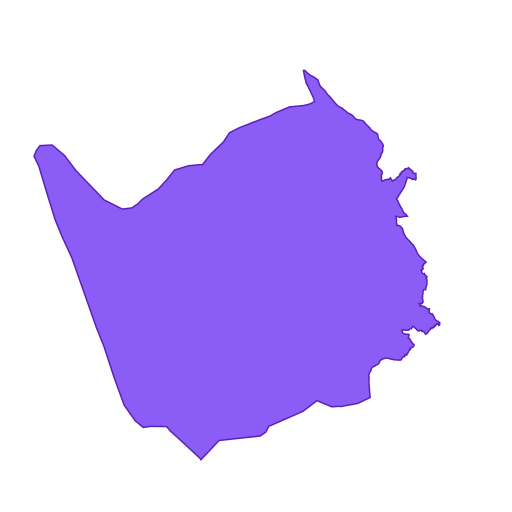 Oluyole, Oyo, Nigeria, rotated 71°
{"feature_id": "59680162B11018926765325", "entity_name": "Oluyole", "entity_type": "district", "adm_level": 2, "iso_a3": "NGA", "parent_name": "Nigeria", "parent_adm1": "Oyo", "projection": "mercator", "projection_center": [3.901, 7.219], "detail": "fine", "context": "isolated", "style": "filled", "palette": "violet", "viewbox_px": 512, "rotation_deg": 71, "n_neighbors": 0, "source": "geoboundaries", "source_scale": "gbopen_adm2", "svg_char_len": 6062}
<svg xmlns="http://www.w3.org/2000/svg" viewBox="0 0 512 512"><g transform="rotate(71 256 256)"><path d="M317.1,97.2L311.5,100.5L309.5,101.4L307.6,102.1L305.3,102.6L301.9,102.8L299.2,103.2L296.8,103.8L293.7,105.2L293.1,105.3L290.3,106.8L287.5,108.0L285.8,108.4L283.7,108.8L282.3,108.9L278.1,108.6L276.1,109.2L274.9,109.8L273.5,111.2L273.0,113.0L272.1,112.8L271.6,112.4L269.9,112.3L268.1,111.5L267.0,111.2L263.9,110.8L264.2,110.1L266.2,107.6L267.0,102.1L267.7,100.0L265.4,100.7L263.4,102.1L262.6,102.4L258.4,102.8L255.7,103.4L253.6,103.6L251.9,103.9L250.4,103.9L249.5,104.1L248.5,104.6L248.1,104.9L247.9,104.9L246.3,102.3L245.4,101.5L239.1,93.5L233.1,88.8L230.9,87.3L232.6,84.9L233.5,84.0L233.7,83.6L233.8,83.1L234.5,83.1L234.9,81.2L236.0,80.4L235.7,79.9L234.6,79.3L232.3,78.7L229.9,77.9L229.0,80.5L227.8,80.4L227.5,80.2L227.2,80.3L226.9,80.2L226.7,80.6L226.0,81.0L224.2,81.7L223.7,82.5L222.2,82.9L222.3,83.7L222.8,84.0L222.1,86.4L222.4,87.3L223.2,87.2L223.3,88.9L223.8,90.3L224.0,91.3L225.0,91.4L225.0,93.0L226.1,93.0L226.3,94.1L227.3,95.2L227.5,95.9L227.5,96.8L227.7,97.2L228.0,97.8L229.2,99.0L229.2,100.3L229.0,101.3L229.6,102.8L226.0,103.4L226.2,103.7L226.2,104.3L226.7,105.7L226.6,106.1L226.3,106.6L226.4,107.1L226.1,107.9L226.1,109.7L226.4,110.6L226.1,111.7L226.1,112.4L226.2,112.7L225.2,112.7L224.6,112.4L223.1,112.1L222.8,111.8L222.1,111.6L220.9,111.5L220.3,111.0L219.2,109.9L218.6,109.6L218.4,109.6L218.1,109.3L217.7,109.2L216.0,109.6L215.4,110.1L214.0,110.6L213.1,111.3L212.5,111.5L210.9,112.3L210.6,112.3L209.4,111.8L208.9,111.8L207.6,111.6L206.5,110.8L205.6,109.5L204.9,108.9L204.0,107.3L203.1,106.4L202.5,105.6L201.6,105.4L200.8,104.8L200.4,104.2L199.5,103.5L198.8,102.4L197.5,101.9L197.0,101.6L195.1,101.1L194.1,100.3L193.7,99.8L193.1,99.7L192.4,99.8L191.6,99.7L191.2,99.8L188.9,100.5L187.8,100.7L186.0,101.8L185.3,102.0L183.3,101.9L181.1,101.4L179.5,101.7L175.8,105.1L173.0,106.7L172.1,106.6L167.0,109.2L163.4,110.5L161.7,112.6L160.5,115.1L158.9,117.2L157.0,118.0L154.6,118.9L153.2,120.0L151.4,121.9L149.4,123.4L147.4,124.4L146.2,125.5L144.3,126.3L143.0,127.8L140.8,129.7L137.6,131.2L129.1,134.4L126.5,135.8L123.8,136.6L122.7,136.8L118.8,138.7L117.5,139.5L114.8,140.2L109.6,140.1L107.4,141.7L104.2,144.4L102.5,146.1L99.9,147.7L97.6,148.9L96.5,149.3L96.0,150.7L101.2,151.5L109.3,152.3L113.0,151.5L126.3,150.1L129.1,150.4L129.8,155.8L129.3,161.7L125.9,175.9L126.9,190.1L128.3,197.4L128.3,205.7L129.3,230.2L130.8,240.9L137.6,249.7L145.3,266.4L152.1,276.6L148.7,290.3L148.2,305.0L155.0,315.8L160.8,326.5L165.2,344.6L168.3,350.9L170.1,357.8L168.1,367.1L153.6,381.3L116.7,398.4L98.7,404.3L84.7,412.6L81.3,424.3L84.9,429.6L89.5,433.4L100.7,432.1L124.5,433.1L156.5,434.1L173.9,433.1L198.2,430.7L271.7,430.2L292.1,429.2L325.1,429.7L354.2,429.2L372.6,423.8L381.4,418.4L382.8,411.0L388.2,396.0L393.5,394.0L404.2,388.1L428.9,374.9L430.7,374.4L418.4,351.0L427.6,310.4L425.6,303.9L421.2,299.4L418.1,261.9L412.6,245.5L423.3,233.4L425.0,226.9L425.9,225.0L428.5,208.0L427.0,194.2L411.9,190.3L407.9,188.7L405.2,188.1L403.1,186.5L402.6,185.4L400.2,183.7L398.9,182.0L398.8,179.5L398.3,178.5L398.2,176.3L397.0,174.0L395.4,172.8L394.7,171.4L395.0,170.8L394.7,170.0L394.6,168.4L394.8,167.8L394.9,167.3L394.7,166.6L395.0,165.6L395.9,164.0L396.8,163.0L397.2,162.1L397.7,161.5L398.1,160.7L399.4,158.6L400.1,156.4L401.0,155.0L401.0,153.9L401.5,153.2L401.5,152.9L401.2,152.6L400.9,151.9L400.5,151.5L400.2,151.1L399.5,150.3L399.3,149.7L399.3,149.1L399.5,148.2L399.3,147.9L397.9,147.5L397.7,147.2L398.0,146.7L398.6,146.0L398.7,145.7L398.2,145.2L396.7,143.5L395.5,142.4L395.2,142.0L394.6,140.4L394.4,140.2L393.6,140.4L393.6,140.0L393.3,139.3L393.3,138.7L393.1,137.9L393.2,137.3L392.2,135.8L391.6,135.7L391.2,135.4L390.9,135.5L390.2,136.1L389.5,136.6L389.1,136.5L387.7,136.9L386.8,137.4L386.2,137.3L384.8,137.4L384.1,138.2L383.7,138.2L383.3,138.4L383.3,138.8L383.0,138.9L381.9,137.8L380.6,137.0L380.3,136.9L379.7,137.2L379.5,137.6L379.0,139.1L378.9,139.7L378.6,140.0L378.1,140.9L376.3,142.5L375.4,142.3L375.0,142.3L374.1,142.1L373.6,142.3L373.6,140.9L374.2,140.2L374.4,139.3L375.0,138.3L375.3,137.4L375.3,137.1L375.8,136.1L375.8,135.8L375.7,135.5L375.3,135.0L375.1,134.3L375.2,133.6L375.3,133.2L375.3,132.7L374.7,132.3L374.5,131.4L374.2,131.2L373.8,131.0L373.6,130.7L373.7,130.3L374.2,129.7L375.3,129.4L377.4,128.2L378.1,128.0L379.6,126.9L380.0,126.4L380.1,126.1L379.6,125.7L379.7,125.3L379.8,124.4L379.9,124.2L380.6,123.4L381.0,123.7L381.3,123.8L382.0,122.4L382.5,121.8L385.2,121.2L384.9,119.6L384.5,118.7L382.8,116.4L382.2,115.2L381.1,114.0L381.7,113.6L381.9,113.3L381.4,112.9L381.1,112.9L381.1,112.0L381.3,111.5L381.6,111.2L380.8,110.4L380.6,110.1L380.3,110.4L379.8,109.8L380.5,109.0L378.8,106.9L378.8,106.7L379.6,106.2L380.8,105.9L381.2,105.7L380.8,104.6L379.4,104.8L379.1,104.1L378.9,103.9L378.0,104.7L377.1,105.1L376.1,106.3L373.9,107.4L373.1,107.5L372.6,107.3L372.1,107.4L369.5,107.8L368.1,108.2L368.0,108.7L367.9,108.9L367.9,109.3L367.1,109.6L366.5,110.5L365.4,110.3L364.8,110.6L364.7,110.8L364.4,110.6L363.6,109.7L363.2,109.4L362.3,109.3L362.2,109.7L362.6,110.0L362.1,110.4L362.0,111.1L361.3,111.6L360.7,111.8L359.7,112.7L358.7,113.1L358.3,113.8L358.3,114.4L357.6,114.9L357.1,115.9L356.8,115.9L357.0,116.4L356.9,116.8L356.8,117.0L356.3,117.0L355.9,117.2L354.4,117.2L354.7,116.9L354.6,116.5L354.8,116.0L354.7,115.9L354.3,115.8L354.3,115.6L354.5,115.1L355.0,114.6L354.1,113.1L353.8,113.3L352.7,112.7L351.5,112.5L351.0,112.6L350.0,112.3L349.7,112.3L349.3,111.9L348.9,111.7L348.5,111.7L348.3,111.8L347.6,111.6L346.6,110.6L344.4,109.9L343.1,109.0L342.3,108.2L342.5,107.7L343.1,106.6L339.6,104.6L338.5,103.6L335.9,102.9L335.1,102.4L334.3,102.1L333.9,102.1L332.5,102.4L332.0,101.5L331.4,101.7L330.9,101.1L330.5,101.3L330.1,101.7L329.5,102.0L329.4,102.1L329.4,102.3L329.2,102.4L327.3,102.5L327.2,103.8L327.0,104.2L325.9,104.5L323.2,104.4L322.8,104.2L323.1,103.8L323.2,103.0L323.0,102.7L322.3,102.3L322.1,101.9L320.8,102.3L320.3,102.3L320.0,102.0L319.7,100.9L318.6,100.9L318.2,100.0L318.3,99.2L317.6,98.3L317.1,97.2Z" fill="#8b5cf6" stroke="#5b21b6" stroke-width="1.5"/></g></svg>